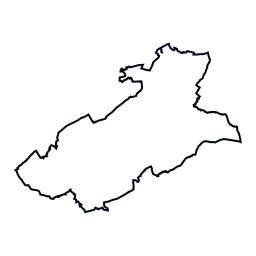 Sanduleni, Bacau, Romania
{"feature_id": "2599482B49550727652052", "entity_name": "Sanduleni", "entity_type": "district", "adm_level": 2, "iso_a3": "ROU", "parent_name": "Romania", "parent_adm1": "Bacau", "projection": "mercator", "projection_center": [26.744, 46.458], "detail": "fine", "context": "isolated", "style": "outline", "palette": "ink", "viewbox_px": 256, "rotation_deg": 0, "n_neighbors": 0, "source": "geoboundaries", "source_scale": "gbopen_adm2", "svg_char_len": 5762}
<svg xmlns="http://www.w3.org/2000/svg" viewBox="0 0 256 256"><path d="M50.5,198.4L53.1,199.0L53.4,198.9L54.2,197.6L56.7,196.7L57.6,195.9L58.0,196.1L58.2,197.0L58.3,197.0L58.9,196.8L59.1,196.3L59.7,196.1L59.7,195.9L60.4,195.7L60.8,195.1L62.2,195.1L63.1,194.5L65.2,194.1L65.7,194.4L65.8,192.9L68.7,191.7L69.9,190.0L70.5,189.6L70.7,190.8L73.2,193.4L74.2,193.6L74.8,194.2L74.4,194.7L74.7,195.4L75.1,195.8L75.1,197.0L74.3,198.3L74.2,198.9L76.0,199.5L76.4,202.1L77.2,201.4L78.3,201.7L78.8,202.3L79.3,204.1L79.9,204.3L80.2,203.9L80.4,203.9L81.3,204.6L80.5,205.4L80.0,205.5L79.7,205.9L79.7,206.2L79.8,206.5L80.3,206.6L80.9,206.3L82.7,208.5L83.1,208.7L84.3,209.7L85.2,212.1L94.4,209.7L95.4,207.6L96.0,207.7L97.5,209.0L98.0,209.1L98.0,208.8L98.2,208.7L99.4,208.8L102.4,207.6L103.6,209.6L107.9,210.5L107.8,209.3L107.3,208.1L105.2,207.1L104.4,206.0L104.1,204.9L104.1,202.4L107.9,201.7L113.2,199.7L116.4,199.0L119.2,197.7L128.9,192.1L128.8,191.8L130.7,191.2L133.7,189.3L133.4,188.4L133.7,187.2L133.1,180.9L133.3,180.1L133.8,180.0L136.1,180.5L136.6,180.7L137.0,181.6L137.4,181.9L138.2,181.9L138.8,181.1L138.9,180.3L138.0,177.7L139.4,176.3L140.5,176.0L140.3,175.4L142.6,172.4L144.9,170.5L144.5,170.2L144.7,169.8L146.5,168.5L150.9,166.4L151.9,168.3L151.8,170.0L153.2,174.1L157.1,175.7L157.1,176.1L158.1,176.1L157.8,175.4L158.4,174.8L159.7,174.2L159.4,173.8L163.2,171.5L164.0,171.6L163.9,171.9L165.7,171.0L166.5,171.5L166.5,172.1L168.2,172.3L169.9,170.5L171.9,169.9L174.3,168.8L175.5,167.6L176.3,167.4L178.1,166.2L179.9,165.9L181.8,164.1L182.3,163.1L186.1,158.0L187.6,157.6L188.7,156.8L189.6,157.1L190.7,156.0L191.3,156.3L191.8,156.1L192.4,155.0L192.9,154.7L195.3,154.7L196.3,151.7L196.5,150.3L197.8,148.1L198.5,146.1L199.5,145.5L202.3,142.5L204.0,141.6L205.7,141.1L210.8,142.2L214.0,142.1L214.9,142.5L220.3,139.9L221.1,139.9L224.1,139.0L236.7,141.0L239.9,141.6L240.6,142.0L240.3,139.4L239.4,135.3L238.5,132.4L237.4,130.5L237.1,129.5L237.3,128.1L237.0,126.8L236.5,126.5L235.2,126.8L234.6,126.4L233.9,126.6L233.5,126.1L232.5,126.1L232.1,125.5L230.0,124.3L229.8,123.7L229.3,123.5L228.5,122.1L227.0,117.0L226.4,115.8L226.0,115.3L226.1,114.8L225.8,114.5L224.7,114.2L223.6,114.3L223.0,114.6L222.3,114.4L221.9,114.6L221.4,114.1L219.7,113.9L217.1,112.4L215.8,112.6L215.6,112.2L215.2,112.4L214.8,112.1L212.0,111.9L211.6,112.4L210.8,112.4L210.1,112.0L207.3,112.9L206.4,112.1L205.2,111.9L204.7,111.1L203.7,110.4L202.4,110.1L201.7,110.4L201.0,110.4L200.6,109.5L199.4,109.6L198.8,109.3L198.6,108.9L198.0,108.8L197.3,107.6L196.8,107.2L194.1,106.7L194.1,105.8L193.7,105.2L194.0,105.1L194.8,105.5L195.3,105.0L194.9,104.5L195.4,104.3L195.2,103.5L195.7,103.2L195.9,102.7L196.4,102.2L197.1,102.1L197.3,101.7L196.8,100.5L197.8,99.7L197.9,99.4L197.5,98.7L198.3,98.6L198.6,98.9L198.8,98.6L198.5,98.3L198.4,97.6L199.0,97.5L199.3,97.0L199.8,96.4L196.2,93.4L199.7,87.5L196.2,85.3L197.7,82.8L199.4,81.4L200.0,80.1L200.8,79.4L202.3,78.7L202.7,78.1L203.5,75.4L205.7,71.8L206.2,69.7L207.2,67.7L207.4,65.4L209.1,62.5L209.9,60.8L210.0,60.3L208.2,54.4L207.9,52.6L205.9,53.4L202.6,54.2L200.8,54.1L196.5,54.6L193.9,54.5L194.2,54.2L194.2,53.5L193.8,52.7L187.6,51.1L186.8,51.3L186.5,52.3L186.1,52.5L184.5,52.6L184.4,52.1L183.1,52.1L183.0,52.7L181.8,53.1L179.3,51.6L177.9,51.1L177.4,50.0L176.6,49.4L176.8,48.9L174.9,47.9L174.5,47.8L174.8,49.1L174.4,49.7L173.8,50.3L172.4,49.7L171.2,48.4L170.5,48.2L169.3,45.7L168.9,44.0L168.2,43.9L160.1,48.2L161.1,48.9L161.5,49.8L161.6,50.7L161.3,51.7L162.0,52.4L161.8,52.5L161.2,51.7L161.4,51.2L161.3,49.8L160.6,48.6L160.0,48.3L157.7,49.6L155.9,52.7L158.2,54.3L158.0,55.1L159.1,55.8L159.0,56.5L158.3,57.8L154.2,61.2L153.0,62.7L152.7,64.3L151.7,66.7L150.8,68.3L149.8,70.5L145.2,69.6L141.3,68.4L142.9,64.8L138.7,65.1L130.1,67.4L129.4,66.5L127.6,67.2L126.9,67.1L126.3,67.5L126.8,67.9L126.9,68.3L126.5,69.2L124.4,70.0L123.9,69.4L123.5,69.5L123.0,69.3L123.1,69.6L122.7,69.8L122.1,68.7L121.5,68.7L121.2,69.0L121.7,69.3L122.1,70.5L122.6,70.3L122.7,70.6L120.5,71.0L120.5,71.6L122.1,71.4L123.0,71.6L125.1,74.1L125.2,75.8L124.8,76.4L119.7,77.5L119.8,78.3L119.6,80.8L122.2,81.2L122.1,81.9L122.3,82.0L122.6,81.4L123.4,81.3L124.1,80.2L125.5,79.7L126.1,79.7L126.6,78.9L127.6,78.7L128.0,77.8L128.9,77.8L128.8,78.0L129.2,78.1L129.3,77.6L129.6,77.7L129.9,78.6L130.4,78.0L131.0,77.9L131.5,78.4L131.8,78.9L132.2,80.9L132.7,81.1L132.6,81.6L132.8,81.7L140.0,81.4L140.1,81.8L140.4,81.8L141.2,81.3L141.5,81.5L142.1,87.3L141.9,88.6L140.6,90.7L138.7,91.7L138.0,93.0L136.8,93.6L136.2,95.9L131.6,97.2L130.6,96.6L129.7,97.4L129.1,97.6L128.9,97.8L128.8,98.5L128.3,99.0L125.6,100.4L123.6,102.4L116.3,107.9L112.2,112.1L106.2,116.6L105.9,118.3L104.2,119.1L98.3,120.7L95.4,122.1L95.3,121.9L93.7,122.8L92.9,121.4L92.5,121.6L88.5,114.6L82.9,117.7L82.1,117.4L77.9,120.3L66.8,125.8L58.3,132.9L58.0,135.1L57.2,137.5L57.3,138.3L58.0,140.4L56.3,141.5L56.0,142.4L56.1,144.0L55.8,145.4L57.1,146.0L56.1,148.5L55.0,147.3L52.9,145.7L51.6,145.2L51.0,145.4L49.4,148.0L49.9,148.2L50.3,148.7L50.1,149.4L49.3,149.9L47.0,153.2L46.8,153.8L47.1,154.1L46.8,154.4L46.5,154.2L46.2,154.9L45.9,154.7L46.8,156.0L46.7,156.0L46.6,156.3L45.6,156.3L44.0,157.0L43.8,157.4L43.7,157.0L43.2,157.4L43.0,156.8L42.3,157.3L41.2,157.5L41.2,157.9L40.4,157.8L36.1,150.8L34.4,151.7L33.2,152.8L32.7,153.6L31.7,154.2L31.4,154.8L29.0,157.1L28.4,158.3L25.9,160.5L26.2,160.8L26.0,161.0L24.5,161.7L24.0,162.4L22.5,163.3L21.6,164.5L20.2,165.4L20.2,165.6L18.9,166.1L18.3,167.3L18.2,168.5L17.6,168.4L17.8,168.9L17.7,169.0L17.5,168.9L16.8,169.6L15.4,170.1L16.8,171.6L17.7,174.4L19.7,177.7L20.6,178.8L21.5,179.5L23.0,182.2L25.4,185.2L27.3,185.3L28.4,185.1L28.9,185.8L30.4,188.5L30.8,188.9L32.0,189.5L37.7,190.4L38.9,191.2L40.1,193.5L40.2,194.3L40.8,194.6L41.9,195.0L42.6,194.9L47.7,196.4L49.2,196.2L50.5,198.4Z" fill="none" stroke="#020617" stroke-width="2"/></svg>